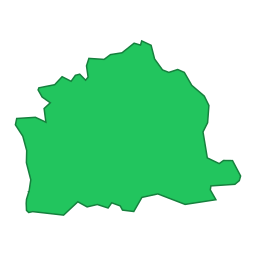 SVG path tracing the border of Ballymena
{"feature_id": "GBR-2094", "entity_name": "Ballymena", "entity_type": "District", "adm_level": 1, "iso_a3": "GBR", "parent_name": "United Kingdom", "parent_adm1": "", "projection": "albers", "projection_center": [-6.275, 54.902], "detail": "fine", "context": "isolated", "style": "filled", "palette": "green", "viewbox_px": 256, "rotation_deg": 0, "n_neighbors": 0, "source": "natural_earth", "source_scale": "10m", "svg_char_len": 922}
<svg xmlns="http://www.w3.org/2000/svg" viewBox="0 0 256 256"><path d="M26.9,210.8L26.5,210.4L26.2,203.3L26.5,199.3L28.8,191.8L28.7,191.7L29.0,191.6L30.8,179.8L26.4,162.7L26.7,150.6L22.8,136.2L15.4,124.8L16.7,118.5L35.4,117.3L45.9,122.2L44.1,108.5L50.3,102.8L42.1,97.0L38.1,89.9L38.9,87.8L54.7,84.7L62.1,76.7L71.1,81.3L75.4,75.3L79.7,74.2L85.6,80.2L88.1,77.1L86.5,65.9L88.9,58.4L104.1,59.4L110.5,54.6L122.0,52.8L134.1,43.2L140.5,45.1L141.7,40.9L151.1,45.3L154.6,59.0L162.5,69.9L168.8,72.4L177.7,69.5L184.3,72.4L191.8,85.4L204.3,96.1L208.9,105.5L207.6,122.7L203.0,131.9L207.3,157.9L219.2,163.6L223.5,160.5L232.5,160.6L240.6,176.0L239.3,180.6L234.9,184.3L210.9,185.9L210.3,189.9L215.9,199.7L185.1,204.4L157.8,193.9L141.9,197.4L133.8,211.5L122.5,210.1L120.2,205.9L111.7,202.8L108.1,208.0L97.3,204.5L87.1,206.9L77.8,201.8L63.6,215.1L32.6,211.6L28.7,212.5L26.9,210.8Z" fill="#22c55e" stroke="#15803d" stroke-width="1.5"/></svg>